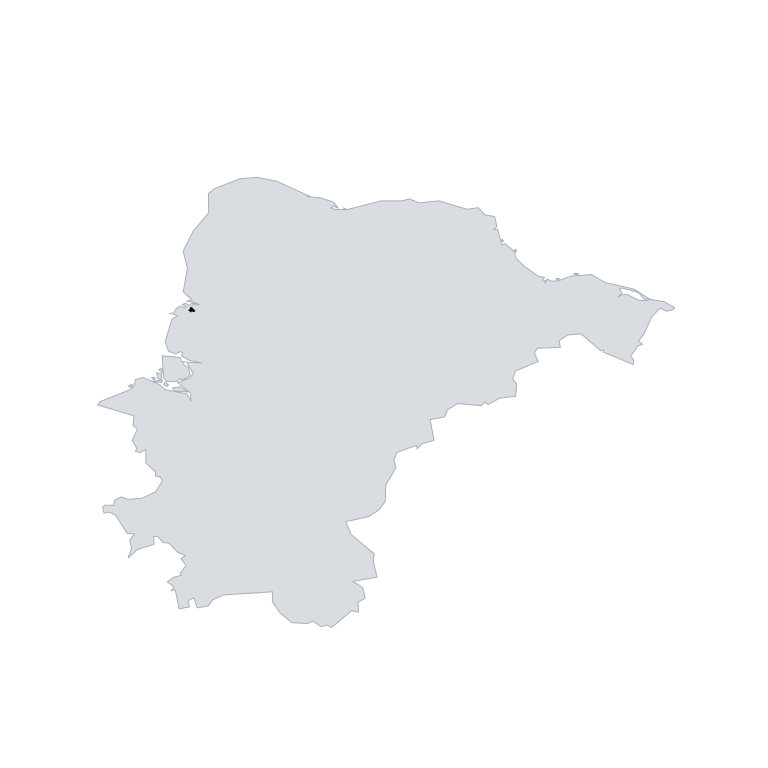 Palmeirândia, Maranhão, Brazil shown in context, rotated 259°
{"feature_id": "56859067B11830676899698", "entity_name": "Palmeirândia", "entity_type": "district", "adm_level": 2, "iso_a3": "BRA", "parent_name": "Brazil", "parent_adm1": "Maranhão", "projection": "equal_earth", "projection_center": [-45.055, -2.689], "detail": "fine", "context": "in_parent", "style": "filled", "palette": "ink", "viewbox_px": 768, "rotation_deg": 259, "n_neighbors": 0, "source": "geoboundaries", "source_scale": "gbopen_adm2", "svg_char_len": 4536}
<svg xmlns="http://www.w3.org/2000/svg" viewBox="0 0 768 768"><g transform="rotate(259 384 384)"><path d="M237.2,147.7L243.4,154.9L251.2,151.5L253.7,156.1L258.0,149.5L268.6,142.8L270.9,136.5L277.7,132.9L278.2,128.9L270.5,127.5L268.6,110.3L262.0,99.5L271.0,104.9L279.0,104.7L284.6,110.2L286.3,103.5L306.4,95.4L310.8,89.7L310.6,84.5L316.6,84.3L318.3,86.7L316.4,95.4L321.6,97.8L323.3,104.9L319.7,110.3L318.0,124.5L321.8,139.4L331.2,148.0L335.4,146.7L337.4,141.9L341.0,143.0L351.7,135.2L365.3,137.7L363.2,131.3L365.4,127.2L368.0,129.0L376.8,126.0L386.8,133.5L391.0,129.8L400.4,132.5L418.1,98.9L421.0,102.3L426.8,133.3L429.8,138.1L435.7,140.8L436.4,148.6L426.3,163.5L420.1,168.3L412.0,188.6L404.0,191.5L412.4,192.1L424.7,181.8L427.1,194.8L430.5,198.8L443.2,194.4L439.5,209.0L444.5,197.3L450.3,190.5L453.2,192.5L454.6,190.4L453.4,185.1L457.3,178.7L467.2,177.2L488.5,188.4L490.0,194.1L492.9,190.2L497.9,194.6L499.3,199.4L496.7,202.8L497.8,204.5L500.5,201.3L501.1,204.4L498.7,207.7L497.1,217.6L500.4,213.5L502.9,206.0L503.3,211.4L512.8,204.5L535.1,213.1L552.9,212.2L570.3,225.7L585.5,244.6L604.5,248.0L608.1,254.9L613.0,282.0L610.9,299.6L603.4,317.4L582.7,346.6L582.6,344.2L578.7,357.5L572.2,369.1L569.2,370.9L567.0,365.7L565.1,368.3L562.2,380.7L564.3,416.0L560.4,436.3L560.8,444.5L555.1,452.9L553.3,473.1L539.7,498.6L539.1,510.2L531.1,514.9L527.2,524.5L516.9,524.8L514.7,521.2L513.9,525.2L497.9,526.2L498.7,529.5L488.6,537.5L482.9,537.3L472.8,544.0L460.3,556.0L458.0,561.7L455.7,559.5L454.9,562.1L452.1,561.0L455.8,564.4L452.9,568.1L452.0,574.4L454.3,588.2L451.8,608.6L441.6,620.2L429.2,647.9L417.3,660.3L417.0,656.2L425.4,651.1L432.7,636.0L432.8,633.3L427.8,635.0L424.7,630.1L426.3,634.9L425.1,640.5L417.8,649.7L415.6,657.0L416.4,661.1L411.1,675.1L403.6,683.7L401.8,682.5L401.6,675.5L405.8,669.3L398.6,659.5L382.8,648.2L377.9,642.0L373.6,645.3L373.0,640.9L364.0,631.1L359.9,633.7L355.6,632.3L373.4,605.6L375.7,605.8L375.2,603.2L395.6,587.1L397.1,573.8L393.1,564.1L386.3,564.1L389.9,541.1L385.5,537.6L376.7,539.7L371.7,515.6L364.3,511.3L358.8,514.3L346.8,510.9L348.1,494.9L344.0,482.2L347.3,479.4L344.1,475.8L350.8,452.3L346.6,441.5L340.1,437.2L340.3,422.5L319.2,422.3L318.1,410.1L314.0,404.2L317.6,404.0L314.4,383.8L307.7,379.2L299.5,379.7L284.4,366.4L268.6,362.8L261.7,355.5L256.8,344.1L256.2,320.1L242.5,323.1L219.2,342.0L212.1,339.6L195.7,340.4L196.2,315.8L188.3,324.1L177.3,324.7L174.8,316.9L165.0,315.4L167.6,308.8L155.0,286.2L158.2,282.4L157.7,276.0L164.8,269.1L163.5,263.3L167.3,247.9L179.4,238.1L191.6,232.9L201.3,234.9L207.6,185.9L204.9,175.0L199.7,169.2L199.9,157.9L210.5,156.6L208.7,150.4L202.3,150.3L202.4,140.0L222.0,139.8L221.8,135.6L224.8,139.4L231.1,133.5L234.4,140.1L234.8,148.3L237.2,147.7ZM432.3,168.8L454.0,171.7L448.9,189.0L444.9,189.3L444.2,192.3L441.0,190.9L437.5,195.3L429.2,195.3L426.3,186.6L428.4,184.4L425.9,181.3L427.6,171.3L432.3,168.8ZM413.7,189.7L417.1,177.3L420.5,175.6L420.2,183.1L413.7,189.7ZM438.3,162.8L436.2,167.4L431.2,166.3L432.0,163.3L438.3,162.8ZM430.8,157.7L430.0,167.1L427.9,166.1L430.8,157.7ZM441.7,168.8L438.6,169.3L437.2,168.5L441.0,165.7L441.7,168.8ZM427.5,169.1L424.3,172.2L423.0,170.6L425.3,167.8L427.5,169.1ZM433.4,160.8L431.9,158.8L434.5,156.9L434.7,158.7L433.4,160.8ZM431.7,136.4L429.9,136.8L429.4,133.4L431.2,133.2L431.7,136.4ZM455.2,596.7L454.5,593.9L455.9,591.3L456.3,592.0L455.2,596.7ZM490.4,536.3L490.9,539.5L488.7,538.9L490.4,536.3ZM453.9,576.4L452.9,574.8L454.3,573.0L454.8,573.7L453.9,576.4ZM499.9,211.4L498.6,215.0L499.9,209.9L499.9,211.4ZM568.0,371.4L565.8,372.4L567.2,369.7L568.0,371.4ZM503.6,527.5L501.5,528.5L501.0,527.9L502.4,526.5L503.6,527.5ZM564.4,377.8L563.5,379.7L563.0,378.5L564.4,377.8ZM494.1,187.0L494.2,189.0L493.6,188.7L494.1,187.0Z" fill="#d9dde1" stroke="#a8b0b8" stroke-width="1"/><path d="M495.7,209.0L495.6,208.9L495.4,208.8L495.3,208.7L495.2,208.5L494.9,208.4L494.7,208.4L494.2,208.1L493.5,207.5L493.5,207.4L493.4,207.3L493.4,207.2L493.3,207.3L493.2,207.4L493.3,207.4L493.3,207.5L493.2,207.6L493.2,207.4L493.0,207.5L493.0,207.8L493.0,208.0L492.9,208.0L493.0,208.1L492.9,208.2L492.9,208.3L492.8,208.5L492.7,208.6L492.8,208.7L492.7,208.7L492.8,208.8L492.8,209.0L492.7,209.0L492.6,209.4L492.6,209.5L492.4,209.7L492.4,209.8L492.3,210.1L492.3,210.3L492.2,210.5L491.9,210.7L491.9,210.8L491.8,211.0L491.7,211.1L491.8,211.3L491.8,211.5L492.0,211.8L492.8,211.3L493.2,211.1L493.5,210.9L494.0,210.5L494.2,210.4L494.3,210.3L494.4,210.2L494.8,210.0L494.9,209.9L495.1,209.8L495.2,209.7L495.3,209.7L495.7,209.0Z" fill="#0f172a" stroke="#020617" stroke-width="1.5"/></g></svg>